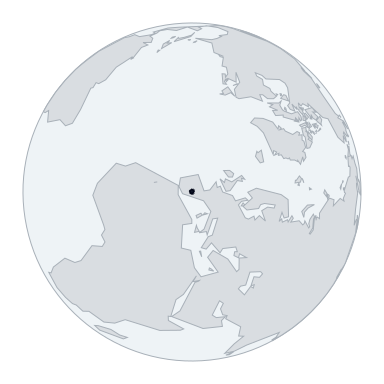 globe centered on Cuenca, rotated 78°
{"feature_id": "ESP-5818", "entity_name": "Cuenca", "entity_type": "Autonomous Community", "adm_level": 1, "iso_a3": "ESP", "parent_name": "Spain", "parent_adm1": "", "projection": "orthographic", "projection_center": [-2.034, 39.943], "detail": "fine", "context": "on_globe", "style": "filled", "palette": "ink", "viewbox_px": 384, "rotation_deg": 78, "n_neighbors": 0, "source": "natural_earth", "source_scale": "10m", "svg_char_len": 10482}
<svg xmlns="http://www.w3.org/2000/svg" viewBox="0 0 384 384"><g transform="rotate(78 192 192)"><circle cx="192" cy="192" r="169" fill="#eef3f6" stroke="#a8b0b8"/><path d="M48.0,280.4L44.4,273.8L41.0,267.0L34.9,253.7L27.0,226.0L27.1,221.0L26.2,215.3L29.1,211.1L29.7,199.0L29.0,195.0L27.5,196.5L26.6,181.5L28.1,170.6L34.8,130.9L37.5,124.1L40.8,117.7L59.6,88.1L43.8,111.2L47.9,103.9L54.3,94.2L54.5,94.2L63.9,82.6L69.9,75.7L83.2,63.9L97.2,56.4L92.9,59.6L96.8,57.8L102.3,53.9L105.0,51.9L125.7,43.6L144.9,35.6L148.3,32.8L149.7,33.9L154.2,29.0L162.8,26.4L154.7,29.6L155.1,30.3L161.9,28.4L163.8,28.7L168.1,28.1L169.8,28.8L164.9,31.1L165.9,31.7L170.6,30.4L175.3,30.6L168.2,32.4L175.6,33.0L168.8,37.9L148.6,43.8L146.4,48.5L129.8,60.3L132.9,60.4L128.6,65.4L130.6,67.5L126.9,69.5L131.7,69.5L134.6,67.3L137.7,66.7L139.1,67.9L134.7,70.5L133.4,70.3L132.8,71.7L130.0,72.5L132.2,72.7L126.7,76.0L134.3,74.6L131.6,78.7L127.4,80.5L125.2,77.9L109.9,76.8L104.9,78.4L100.2,83.0L96.8,96.2L92.5,99.3L88.5,105.3L92.1,104.5L96.5,99.6L102.2,99.9L106.9,94.3L109.9,93.8L115.8,89.4L117.7,92.8L116.4,98.7L111.6,102.6L110.9,105.5L117.8,104.2L111.1,114.5L110.5,126.6L108.5,129.2L100.4,129.2L94.6,122.5L84.0,124.1L93.7,126.0L88.4,133.2L88.7,135.8L90.7,137.3L93.8,135.9L92.6,139.2L82.6,138.0L83.5,135.0L86.7,135.3L83.9,132.4L77.1,132.4L75.0,136.4L67.0,133.4L65.4,136.4L62.7,137.6L65.9,133.0L60.1,141.5L50.4,141.6L42.3,156.7L47.1,141.0L47.0,135.6L46.0,130.9L44.6,133.2L45.3,124.8L42.6,123.5L36.6,132.3L32.4,143.3L32.1,151.2L34.3,148.7L35.4,153.2L29.7,162.2L30.8,173.6L27.9,182.3L27.6,190.0L29.3,193.4L30.8,200.7L33.5,198.4L37.2,200.8L35.6,208.8L39.0,204.6L40.1,211.4L48.4,221.5L47.4,222.5L54.2,240.2L64.3,253.1L66.6,260.7L65.1,263.1L69.3,267.1L69.4,269.4L88.2,283.9L99.9,294.7L100.9,302.0L93.8,306.1L93.6,318.7L82.5,315.3L83.8,319.2L82.5,320.6L76.4,315.3L65.9,304.5L56.4,292.8L48.0,280.4ZM39.7,160.9L41.2,178.3L38.0,173.2L39.0,173.0L39.1,167.5L38.5,159.9L36.4,156.1L39.7,160.9ZM45.5,157.9L45.1,155.5L45.8,157.2L45.5,157.9ZM105.9,51.0L102.2,53.9L96.5,57.4L99.4,55.0L105.9,51.0ZM117.0,45.2L115.8,46.4L111.7,47.7L113.6,46.6L117.0,45.2ZM150.2,31.0L146.9,32.2L149.5,31.0L150.2,31.0ZM168.4,27.9L168.8,27.5L170.9,27.4L168.4,27.9ZM114.4,87.9L115.0,88.7L113.6,89.1L114.4,87.9ZM116.2,85.4L114.1,85.4L114.6,84.2L116.0,84.2L116.2,85.4ZM175.4,28.5L178.7,28.6L174.5,28.8L175.4,28.5ZM118.8,85.8L115.9,82.1L117.0,80.1L123.0,78.7L118.8,85.8ZM180.0,29.0L188.0,29.7L189.5,28.8L189.8,32.2L182.9,30.2L177.5,30.5L180.4,29.7L180.0,29.0ZM134.9,66.2L131.9,68.5L133.1,65.6L134.9,66.2ZM135.0,64.5L134.4,57.0L139.7,54.4L138.8,57.3L144.5,53.3L147.4,55.7L144.9,58.4L140.9,59.5L145.0,59.6L135.0,64.5ZM188.8,34.2L190.0,34.8L187.8,34.6L188.8,34.2ZM139.0,66.3L138.4,64.9L142.9,62.4L145.0,64.8L142.8,64.8L139.0,66.3ZM144.6,51.3L148.4,50.1L151.7,51.6L153.6,51.4L147.9,55.5L144.6,51.3ZM142.6,65.9L145.9,66.1L145.0,68.4L139.9,67.5L142.6,65.9ZM143.3,60.9L145.5,59.9L144.9,61.2L143.3,60.9ZM144.0,76.9L143.2,75.1L145.5,73.6L144.0,76.9ZM147.1,66.0L147.4,65.3L148.2,64.6L150.2,65.2L147.1,66.0ZM150.7,56.4L151.3,57.4L153.2,54.8L155.7,56.0L151.5,58.6L154.4,58.0L155.2,58.4L150.8,60.2L150.7,56.4ZM154.6,63.7L150.1,67.9L151.1,71.5L149.0,72.9L147.8,66.8L154.6,63.7ZM152.8,61.4L153.4,63.1L150.6,63.8L148.4,63.1L152.8,61.4ZM159.0,56.0L156.2,53.4L157.2,52.9L159.0,56.0ZM155.4,64.6L156.5,63.6L155.8,64.8L155.4,64.6ZM158.5,58.4L157.4,57.5L158.6,57.0L158.5,58.4ZM159.6,62.5L158.1,63.8L156.6,63.3L159.6,62.5ZM159.6,60.5L161.5,60.0L156.9,62.3L158.9,60.1L159.6,60.5ZM159.9,58.1L160.2,57.5L160.2,58.5L159.9,58.1ZM166.3,63.9L160.9,66.9L157.5,65.7L163.2,62.9L166.3,63.9ZM297.2,59.8L298.5,61.0L295.6,58.8L302.2,64.6L298.2,61.7L305.3,68.0L307.0,68.9L302.7,64.6L310.5,71.8L311.0,72.1L319.4,81.0L327.1,90.5L334.1,100.6L340.3,111.1L345.8,122.0L350.4,133.3L354.3,144.9L351.6,137.7L353.4,144.9L351.5,140.1L347.5,135.9L349.2,146.3L353.1,170.4L356.5,183.8L356.6,193.5L349.3,182.3L343.8,171.5L342.6,176.3L333.9,172.4L323.0,185.4L320.2,183.3L318.5,187.5L312.2,188.4L307.4,184.5L304.1,187.7L316.6,197.8L319.9,194.4L320.9,185.3L323.9,189.9L329.8,190.2L327.8,209.6L309.6,237.8L305.8,228.5L281.0,207.9L280.6,204.0L280.4,203.7L280.0,203.0L279.9,209.7L274.9,205.1L290.4,221.7L293.9,230.0L309.4,238.7L308.5,241.1L312.8,241.8L324.2,228.6L324.8,232.1L320.7,252.3L303.0,283.9L304.2,294.8L300.9,305.2L287.3,317.6L285.9,323.5L278.5,328.7L276.3,332.1L268.8,337.6L257.4,343.9L240.8,348.8L241.8,346.6L236.6,343.2L230.3,330.1L236.6,321.2L236.0,314.8L223.7,301.0L226.6,291.1L222.8,287.5L215.3,289.5L210.6,285.0L205.8,285.3L174.6,289.7L163.8,282.7L148.1,260.1L152.8,251.7L151.6,241.0L182.7,204.1L191.7,206.1L218.9,197.9L222.7,198.7L222.1,208.0L244.6,214.1L248.8,205.3L266.6,205.4L276.8,200.8L275.8,183.1L259.1,190.3L253.6,183.5L265.0,170.9L279.2,164.9L277.5,162.1L266.4,159.6L267.5,152.3L262.3,158.3L266.0,160.2L262.9,164.2L259.3,162.7L259.8,160.1L254.9,160.6L253.7,173.7L257.3,177.2L245.8,183.5L250.8,190.0L248.4,194.5L239.1,185.4L238.4,181.1L222.9,172.3L222.6,177.3L237.2,186.1L233.7,186.1L233.4,193.5L230.8,187.9L214.9,177.6L203.0,182.5L191.7,201.6L184.0,203.6L175.8,200.4L176.2,182.3L193.4,180.0L193.7,174.1L187.0,166.3L192.8,166.4L192.2,163.1L198.4,162.0L203.9,153.1L209.7,151.3L208.8,141.1L211.7,139.0L211.4,145.5L214.3,149.3L228.3,145.3L230.2,142.5L228.5,136.4L232.5,136.3L229.1,131.0L235.7,126.2L224.8,127.7L222.5,121.2L224.8,115.0L222.0,113.3L218.3,123.5L218.6,127.5L222.0,130.3L221.0,142.0L216.8,145.0L210.4,134.2L203.8,137.5L201.7,128.2L213.1,105.3L219.4,99.6L236.3,102.7L236.6,107.3L230.6,108.2L238.9,112.9L236.9,109.8L240.3,109.9L239.0,104.3L241.3,104.2L236.0,99.2L238.7,98.4L242.0,101.6L242.4,93.2L247.2,90.5L246.1,88.7L243.7,87.6L251.4,85.3L250.3,84.1L247.3,84.4L243.2,82.3L238.9,77.9L241.8,77.3L243.7,78.8L252.3,81.4L257.0,85.9L257.8,85.2L254.3,81.3L244.0,78.0L240.5,75.6L245.5,76.5L243.4,75.9L242.6,74.6L244.6,72.8L239.2,71.7L226.5,58.9L229.1,54.7L234.9,56.6L229.1,48.4L232.5,45.2L229.7,45.3L225.1,42.1L224.0,43.0L222.3,42.8L210.0,36.0L209.4,34.3L201.0,32.3L199.5,32.5L199.5,33.6L189.8,32.2L189.5,28.8L192.7,28.5L190.3,26.9L198.0,26.6L203.3,26.0L213.1,27.2L216.4,27.0L215.1,26.4L218.6,26.0L230.4,27.7L226.8,28.5L210.2,28.4L217.5,28.4L217.6,29.3L221.3,29.9L226.3,30.1L225.8,29.6L242.8,35.6L258.3,40.3L253.0,37.0L253.7,36.3L266.6,40.7L292.1,56.0L292.9,56.5L297.2,59.8ZM174.9,223.9L174.7,227.3L174.9,223.9ZM296.4,166.8L303.5,162.1L296.6,154.3L298.7,152.0L295.6,150.4L296.0,153.8L287.8,149.0L289.5,143.7L286.7,140.0L284.2,141.4L282.4,152.0L294.2,158.8L294.2,164.1L296.4,166.8ZM48.8,221.7L49.6,224.4L48.1,222.8L48.8,221.7ZM36.4,175.6L37.2,178.0L37.3,180.4L36.4,179.1L36.4,175.6ZM46.7,194.2L48.3,197.4L46.1,195.5L46.7,194.2ZM41.7,180.8L45.4,192.0L41.3,189.3L39.1,182.3L41.3,185.2L41.7,180.8ZM42.7,161.4L43.0,163.3L42.1,164.4L42.7,161.4ZM46.1,159.2L45.8,158.8L46.1,156.9L46.1,159.2ZM89.0,133.2L89.8,133.4L91.2,135.5L89.4,135.6L89.0,133.2ZM104.1,139.4L101.8,144.6L102.2,140.8L99.3,141.7L96.6,135.1L107.3,130.2L102.9,133.4L104.1,139.4ZM95.9,125.4L96.4,129.8L95.4,125.3L95.9,125.4ZM182.7,147.4L185.8,149.3L184.9,153.2L177.6,156.6L178.7,150.7L182.7,147.4ZM190.4,151.0L186.1,140.0L190.5,137.8L188.8,140.8L192.1,140.5L190.2,145.3L198.6,154.4L198.4,158.6L184.9,161.9L189.5,158.3L186.1,156.6L190.4,151.0ZM167.3,119.3L165.5,115.5L177.4,115.6L177.7,119.2L170.4,122.5L165.7,120.1L167.3,119.3ZM130.0,84.4L128.5,83.6L129.7,82.8L132.0,82.8L130.0,84.4ZM143.4,76.2L137.6,87.2L135.7,86.8L134.6,94.3L129.0,96.2L129.9,91.2L124.8,98.5L123.3,94.8L120.5,100.0L123.0,88.6L121.5,85.9L125.3,88.1L130.5,86.4L132.2,84.8L136.2,78.5L135.4,72.1L140.5,69.7L144.2,69.7L145.1,70.9L141.6,72.0L145.4,72.8L141.0,75.3L143.4,76.2ZM185.1,76.5L180.6,76.4L187.5,80.1L183.1,82.0L184.2,82.3L182.0,85.1L181.2,89.2L178.9,89.6L179.6,91.1L178.2,93.1L178.4,95.3L174.2,96.9L174.1,99.8L172.2,98.9L173.1,103.6L170.5,100.9L168.5,103.5L172.1,104.8L149.0,109.8L141.3,114.6L136.4,120.3L132.6,115.4L134.8,107.2L140.4,98.5L148.3,94.8L145.2,93.5L148.1,91.4L149.4,93.3L149.1,89.2L151.8,88.1L156.7,81.5L154.7,76.7L156.5,74.4L158.6,75.7L158.9,72.5L164.1,73.5L165.5,72.0L172.1,71.6L175.4,75.4L176.7,73.4L181.8,73.3L185.1,76.5ZM168.2,63.9L173.2,67.6L173.3,70.5L161.8,69.9L159.8,71.2L152.4,71.4L152.5,67.2L154.6,67.5L156.7,66.8L155.8,68.4L158.0,66.7L161.0,67.1L163.5,66.0L164.5,67.4L168.2,63.9ZM225.5,194.6L228.2,194.4L232.0,193.1L232.0,197.9L225.5,194.6ZM214.6,187.7L216.8,186.7L218.6,192.5L215.8,192.9L214.6,187.7ZM216.5,181.4L216.8,186.2L215.0,183.8L216.5,181.4ZM213.3,144.3L215.4,143.1L216.3,144.4L215.8,146.8L213.3,144.3ZM204.6,89.3L202.0,88.4L202.3,87.5L198.6,83.6L201.5,82.1L204.9,83.9L204.6,89.3ZM273.9,187.2L271.8,191.7L269.9,190.8L271.0,189.4L273.9,187.2ZM251.6,195.8L257.4,196.0L251.5,197.1L251.6,195.8ZM207.2,87.0L205.4,85.5L208.0,85.7L207.2,87.0ZM203.5,80.9L206.3,80.7L201.4,81.5L203.5,80.9ZM321.4,289.7L307.9,311.0L302.3,314.9L303.3,311.4L309.6,299.9L316.8,292.5L320.8,285.5L321.4,289.7ZM356.9,184.4L358.9,189.3L358.6,192.8L356.9,184.4ZM229.8,74.9L231.8,81.7L235.1,86.2L240.1,87.9L233.9,88.7L228.8,81.8L229.8,74.9ZM226.7,60.8L222.3,59.8L223.6,58.6L224.7,58.7L226.7,60.8ZM224.5,61.4L220.3,63.3L217.5,61.7L221.3,60.4L224.5,61.4ZM214.0,74.6L214.3,76.6L212.2,76.3L214.0,74.6ZM265.6,39.9L261.5,38.1L258.6,36.7L265.6,39.9ZM258.2,36.6L260.1,37.5L251.8,35.9L248.9,35.1L252.9,34.8L254.9,35.7L257.7,36.6L258.2,36.6ZM191.3,34.3L190.1,34.8L190.0,34.0L191.3,34.3ZM221.8,43.5L219.5,43.1L219.5,42.1L221.8,43.5ZM213.2,41.9L214.8,43.2L211.9,42.0L213.2,41.9ZM218.6,46.3L214.9,43.8L220.2,45.9L218.6,46.3Z" fill="#d9dde1" stroke="#a8b0b8" stroke-width="1"/><path d="M194.0,191.8L193.9,192.0L193.8,192.4L193.8,192.5L193.7,192.6L193.7,192.8L193.4,192.8L193.3,193.0L193.2,193.1L193.2,193.3L193.2,193.5L192.7,193.8L192.6,194.0L192.4,193.9L192.1,193.9L192.0,193.7L191.9,193.7L192.0,194.0L191.7,194.0L191.4,194.1L191.3,193.9L191.3,194.0L191.2,194.1L190.9,193.8L190.7,193.8L190.4,193.8L190.3,193.6L190.2,193.7L190.0,193.4L190.0,193.0L190.0,192.9L189.8,192.6L189.7,192.4L189.6,192.2L189.6,191.9L189.4,191.7L189.5,191.6L189.6,191.4L189.8,191.4L189.8,191.2L189.9,191.3L190.0,191.4L190.1,191.2L190.3,191.0L190.2,190.9L190.3,190.6L190.5,190.7L190.8,190.5L191.0,190.6L190.9,190.5L190.9,190.4L190.9,190.2L191.0,190.3L191.2,190.2L191.3,190.1L191.4,189.9L191.5,189.9L191.5,190.0L191.7,189.9L191.9,189.9L192.0,190.1L192.3,190.3L192.4,190.6L192.5,190.6L192.7,190.8L192.7,191.0L192.8,191.0L193.1,191.2L193.1,191.3L193.2,191.2L193.2,191.3L193.3,191.3L193.3,191.2L193.3,191.3L193.3,191.5L193.5,191.8L193.8,191.8L194.0,191.8Z" fill="#0f172a" stroke="#020617" stroke-width="1.5"/></g></svg>